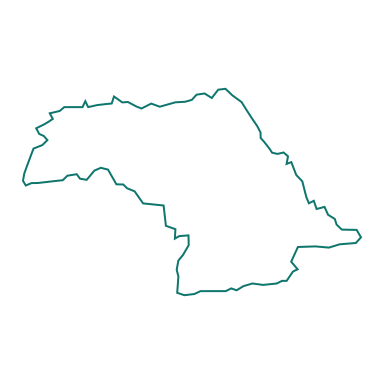 outline of Herveiras, Rio Grande do Sul, Brazil
{"feature_id": "56859067B41615897262901", "entity_name": "Herveiras", "entity_type": "district", "adm_level": 2, "iso_a3": "BRA", "parent_name": "Brazil", "parent_adm1": "Rio Grande do Sul", "projection": "orthographic", "projection_center": [-52.676, -29.446], "detail": "fine", "context": "isolated", "style": "outline", "palette": "teal", "viewbox_px": 384, "rotation_deg": 0, "n_neighbors": 0, "source": "geoboundaries", "source_scale": "gbopen_adm2", "svg_char_len": 1504}
<svg xmlns="http://www.w3.org/2000/svg" viewBox="0 0 384 384"><path d="M177.2,292.8L184.4,295.2L194.4,294.0L200.6,291.1L210.9,291.1L225.9,291.1L231.2,288.4L236.6,290.3L243.5,286.1L252.5,283.5L263.0,284.9L276.8,283.5L281.9,280.9L286.6,280.9L293.0,271.5L297.6,269.3L291.2,261.7L297.9,247.0L315.3,246.4L328.9,247.6L339.7,244.3L355.8,243.0L361.0,237.3L356.6,229.9L341.8,229.6L336.6,224.6L334.8,219.0L328.1,214.8L324.5,206.9L316.6,209.0L313.8,200.8L308.9,203.3L306.4,197.3L304.6,190.4L302.3,181.3L296.2,174.9L291.3,162.1L286.6,163.9L288.0,156.3L283.6,152.5L277.5,153.9L272.1,152.7L269.2,148.3L264.1,141.8L260.7,138.0L260.5,132.4L257.1,125.9L251.7,118.0L246.4,109.8L241.6,102.1L232.4,95.4L225.5,88.8L218.2,89.7L211.8,98.0L204.6,93.5L196.5,94.7L191.8,99.9L184.9,101.8L175.4,102.3L159.8,106.7L151.2,103.6L141.5,108.5L136.4,106.5L127.9,102.0L122.3,102.4L114.0,96.5L111.7,103.5L105.6,104.1L97.1,105.1L88.2,107.1L85.3,101.2L82.5,107.1L72.0,107.1L64.3,107.1L59.7,111.0L49.8,113.3L52.8,118.9L48.5,121.8L44.1,124.4L36.2,128.3L39.2,133.9L43.8,136.0L47.4,140.1L42.3,145.1L33.5,148.6L31.0,155.2L27.1,165.7L24.3,173.4L23.0,180.8L25.8,185.5L31.5,183.1L37.9,183.0L54.4,181.1L62.8,180.2L67.4,175.7L76.7,174.2L80.0,178.7L86.7,179.8L94.4,170.6L100.8,167.8L108.0,169.6L116.4,184.3L123.3,184.5L127.1,188.3L134.6,191.3L143.1,203.4L163.6,205.5L165.9,225.8L175.4,229.2L174.9,238.6L179.2,236.1L188.5,235.4L188.7,245.2L182.9,255.1L178.4,260.5L176.7,269.6L178.4,276.6L177.2,292.8Z" fill="none" stroke="#0f766e" stroke-width="2"/></svg>